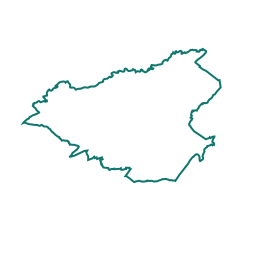 the district of Tepeojuma, Puebla, Mexico, rotated 256°
{"feature_id": "50627088B71138108989678", "entity_name": "Tepeojuma", "entity_type": "district", "adm_level": 2, "iso_a3": "MEX", "parent_name": "Mexico", "parent_adm1": "Puebla", "projection": "equal_earth", "projection_center": [-98.425, 18.729], "detail": "fine", "context": "isolated", "style": "outline", "palette": "teal", "viewbox_px": 256, "rotation_deg": 256, "n_neighbors": 0, "source": "geoboundaries", "source_scale": "gbopen_adm2", "svg_char_len": 5844}
<svg xmlns="http://www.w3.org/2000/svg" viewBox="0 0 256 256"><g transform="rotate(256 128 128)"><path d="M183.7,222.3L186.7,219.6L186.6,219.3L185.7,219.2L185.6,218.7L186.0,217.9L186.0,217.6L186.3,217.2L185.8,216.1L185.3,216.1L184.9,215.8L184.9,214.9L185.6,213.2L186.1,213.5L186.7,213.5L187.1,213.0L187.8,210.1L188.4,209.4L188.3,208.4L188.6,207.5L187.8,206.2L187.0,203.8L186.8,201.8L187.5,201.6L187.8,201.2L187.0,198.7L187.1,198.0L187.7,198.0L188.6,198.6L189.5,198.5L190.2,197.3L189.4,194.9L189.6,194.0L190.8,193.3L190.7,192.5L188.9,192.0L188.7,191.5L189.2,190.6L190.4,190.1L189.4,189.5L189.2,188.9L189.1,188.0L187.1,186.9L186.6,186.2L186.0,184.6L183.8,182.6L184.5,181.5L185.0,181.3L184.9,179.5L183.5,177.5L182.2,176.9L181.8,175.8L182.1,172.3L181.9,170.4L182.6,168.1L183.4,166.3L183.1,165.8L182.3,165.3L182.1,165.2L182.1,165.5L181.8,165.2L181.4,165.1L180.6,165.7L180.2,165.7L179.7,166.8L179.1,166.2L180.4,163.3L180.6,162.5L180.2,161.9L179.3,162.8L179.1,162.7L178.8,161.0L177.9,159.2L177.8,158.6L178.0,158.0L179.4,156.4L181.0,155.8L181.5,155.1L181.4,154.5L180.2,154.1L179.8,153.2L179.9,152.6L180.3,152.2L180.7,151.2L180.8,150.3L180.2,149.0L182.6,148.8L183.3,147.6L183.9,147.1L183.0,146.2L182.9,144.4L183.1,142.4L184.1,141.5L185.2,141.1L185.8,140.6L186.3,139.8L186.1,139.2L185.3,138.6L184.6,138.6L184.2,138.3L183.9,137.9L183.7,137.2L184.0,136.4L185.0,134.8L185.6,133.5L185.2,131.8L184.9,131.8L184.6,132.2L184.1,131.9L184.0,131.6L184.4,130.0L185.5,128.2L185.5,126.6L185.2,125.5L184.8,125.2L184.0,125.1L183.2,125.5L183.0,125.9L182.6,125.9L182.1,125.5L181.4,124.2L181.4,123.6L181.6,123.1L182.2,122.8L182.2,122.3L181.8,121.5L181.3,120.8L180.9,119.7L181.2,116.8L180.6,115.8L179.9,115.2L179.0,115.0L178.8,114.5L178.7,111.0L178.2,110.0L177.8,109.7L177.3,108.7L176.5,106.3L176.4,105.2L176.9,103.6L177.3,101.5L177.3,101.2L177.1,101.1L177.1,100.3L176.8,99.3L176.9,98.5L177.5,97.1L178.0,95.5L178.0,94.9L177.6,91.4L178.1,89.2L178.1,88.5L177.8,87.1L177.9,86.5L179.6,85.8L180.1,85.3L180.6,84.3L181.1,82.0L181.6,81.7L182.4,81.7L182.9,82.2L184.1,82.3L186.6,81.1L187.9,80.8L188.0,80.4L187.9,79.6L187.1,78.4L188.2,77.8L188.6,77.1L188.8,76.5L188.8,75.5L189.0,74.3L188.9,73.2L188.7,72.2L187.0,69.4L186.4,67.8L186.1,67.6L185.8,67.7L185.5,69.6L185.1,69.6L184.7,69.0L184.5,67.9L184.6,66.0L184.4,65.3L184.3,65.0L183.1,63.8L182.9,63.4L182.8,62.7L182.9,62.4L183.1,62.5L183.2,61.8L183.5,61.2L183.8,61.0L184.3,60.9L184.3,60.4L183.5,59.3L181.9,57.8L180.4,57.4L179.4,57.4L179.1,57.3L179.2,56.5L179.0,55.2L179.1,53.5L178.7,53.3L178.1,53.4L176.9,54.3L175.2,54.8L174.6,55.6L174.4,55.4L174.2,55.9L173.5,55.8L173.5,54.7L173.8,54.9L174.5,53.3L174.3,51.1L174.1,50.2L174.1,49.5L174.8,48.8L175.5,48.5L175.7,48.1L175.5,46.6L174.8,45.6L174.9,43.5L174.7,42.5L174.2,42.5L174.0,41.7L173.1,41.7L172.6,41.0L172.1,41.1L171.6,41.6L170.6,42.0L169.9,42.7L169.3,43.1L167.3,43.6L165.5,45.0L164.6,45.5L164.3,45.2L164.0,44.0L163.8,42.4L163.6,42.0L163.2,37.8L162.7,36.9L162.5,36.3L162.6,35.5L162.0,34.7L161.2,34.2L160.7,31.8L158.8,28.3L158.2,27.6L158.3,28.3L158.2,29.1L155.8,32.7L155.1,34.4L154.7,35.7L154.1,36.8L152.7,41.0L151.8,42.1L151.5,42.9L151.5,43.4L151.9,44.6L151.9,45.0L151.4,45.6L150.4,46.2L149.7,47.1L149.3,48.9L148.6,50.0L148.0,50.5L146.8,50.9L146.0,52.0L145.6,52.3L144.7,52.4L144.1,52.6L143.7,53.0L143.0,53.1L142.1,53.7L141.6,54.4L140.9,54.6L140.3,55.2L138.8,56.0L137.6,57.1L136.8,57.5L136.5,58.2L135.8,59.2L135.5,59.3L134.7,59.0L133.5,60.1L131.8,60.7L131.7,62.4L131.3,63.0L131.1,63.6L130.9,63.8L130.4,65.9L129.9,66.0L129.6,66.8L129.2,67.1L128.3,66.9L127.7,67.0L127.6,67.4L127.2,67.6L126.6,67.4L125.9,67.5L125.7,68.6L125.0,70.5L124.7,71.9L123.8,73.1L122.8,75.1L122.0,75.8L121.6,75.7L120.7,74.8L120.5,74.3L119.7,73.8L117.3,68.4L116.7,67.6L115.4,66.6L114.7,65.7L114.1,63.9L114.1,69.2L116.3,80.1L116.0,83.0L114.6,81.7L112.8,81.7L110.2,82.5L108.3,82.1L106.6,81.6L107.1,85.8L108.3,88.3L106.8,88.5L107.1,90.4L105.4,90.5L105.8,95.6L103.8,95.8L103.5,93.2L101.5,93.5L101.4,93.3L99.2,93.3L99.3,93.8L98.1,93.7L97.6,94.1L96.1,94.4L95.6,94.7L93.9,99.2L93.1,99.4L92.5,99.3L91.7,100.1L92.3,101.9L91.9,103.2L91.9,104.5L91.5,104.4L91.2,105.5L90.4,110.0L90.4,110.6L90.7,111.4L89.2,111.3L88.7,113.1L88.9,114.9L88.7,116.2L89.9,116.5L89.0,119.9L87.6,119.6L87.4,120.4L81.9,113.9L81.7,114.8L77.6,118.3L76.4,119.0L74.1,120.9L74.0,121.6L74.3,122.9L74.1,124.6L74.2,125.5L74.1,126.0L72.4,129.1L72.0,131.6L72.1,132.5L72.0,132.4L71.8,133.6L72.0,134.2L71.9,134.8L71.5,135.8L71.0,138.2L69.8,140.1L69.6,141.9L69.2,143.0L69.5,144.2L69.6,146.1L70.0,149.6L69.7,150.5L69.2,152.8L67.8,155.2L67.3,155.7L67.0,156.6L67.0,157.3L66.1,158.8L66.0,159.2L66.0,159.8L65.8,160.5L65.2,161.1L70.1,166.5L78.6,177.4L81.5,180.3L84.2,183.8L84.3,184.8L85.0,185.6L86.0,187.7L85.7,188.8L85.2,189.5L84.2,190.1L83.3,190.3L82.0,190.3L79.7,189.7L78.6,189.8L78.4,190.0L79.3,192.4L79.8,193.3L81.3,193.7L82.1,193.4L82.6,193.5L85.9,195.7L86.6,196.5L88.4,196.7L89.0,197.2L89.9,198.8L90.4,200.1L91.3,200.5L91.2,202.8L91.8,205.2L90.8,205.8L91.3,206.5L91.1,207.2L90.9,207.4L91.3,207.6L92.0,207.7L92.6,207.6L93.1,207.4L93.8,206.6L94.3,206.5L95.7,207.2L96.9,208.0L98.5,209.7L98.8,209.8L99.1,208.2L98.6,206.2L98.3,205.7L99.1,205.2L98.7,205.0L98.3,200.8L108.9,191.3L113.8,189.0L114.6,189.1L115.1,188.9L115.5,188.2L117.0,188.2L119.5,190.2L120.3,191.3L120.2,191.5L120.7,192.0L121.6,192.5L122.2,191.9L122.2,192.2L123.0,191.6L124.3,192.9L125.3,192.3L128.2,193.8L128.1,194.4L128.4,195.3L128.8,194.7L129.3,194.8L128.6,198.3L128.2,199.0L129.3,199.9L130.3,201.2L131.8,202.5L133.0,204.3L133.2,206.1L133.8,205.9L134.0,207.1L133.3,209.6L133.3,210.6L133.4,211.3L135.2,212.8L136.1,214.1L136.6,215.8L137.6,217.3L139.3,218.5L139.7,220.6L141.8,222.9L144.9,227.7L152.3,228.4L152.4,227.1L164.5,217.6L166.7,214.9L170.0,212.1L170.7,212.8L175.3,209.2L175.9,209.5L177.2,211.7L178.7,215.4L180.2,218.5L182.4,221.8L183.7,222.3Z" fill="none" stroke="#0f766e" stroke-width="2"/></g></svg>